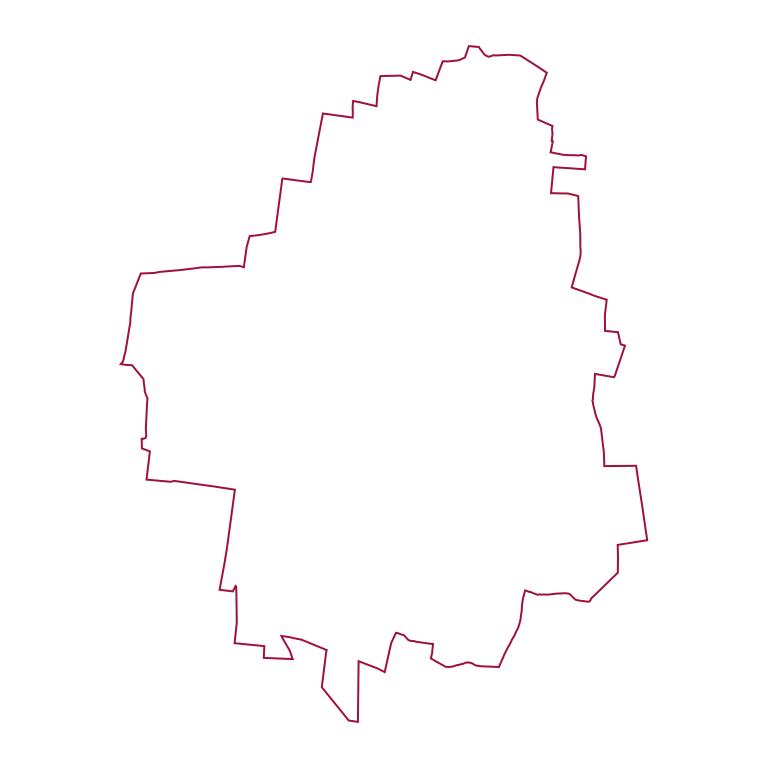 Cenotillo, Yucatán, Mexico
{"feature_id": "50627088B43968623050569", "entity_name": "Cenotillo", "entity_type": "district", "adm_level": 2, "iso_a3": "MEX", "parent_name": "Mexico", "parent_adm1": "Yucatán", "projection": "albers", "projection_center": [-88.565, 21.031], "detail": "fine", "context": "isolated", "style": "outline", "palette": "rose", "viewbox_px": 768, "rotation_deg": 0, "n_neighbors": 0, "source": "geoboundaries", "source_scale": "gbopen_adm2", "svg_char_len": 4630}
<svg xmlns="http://www.w3.org/2000/svg" viewBox="0 0 768 768"><path d="M357.9,721.9L358.1,705.5L358.6,661.2L377.4,668.4L384.7,672.1L391.1,643.3L392.1,641.1L393.6,637.9L396.0,632.8L398.4,633.3L400.4,634.2L403.9,635.2L404.9,636.2L405.7,637.1L408.2,639.9L410.0,640.7L411.8,641.0L414.3,641.1L415.5,641.6L416.6,641.8L422.7,642.7L424.5,642.9L425.6,643.1L428.5,643.5L430.7,643.8L433.0,644.0L432.9,645.3L432.4,649.7L432.1,653.5L431.7,654.7L431.5,655.8L430.8,658.4L434.0,660.2L438.3,662.7L441.2,664.3L445.6,666.8L446.9,666.9L448.4,667.0L451.9,666.7L454.7,665.9L456.2,665.4L457.4,665.0L458.3,665.1L459.9,664.5L462.0,664.0L462.9,663.9L464.5,663.2L465.6,662.6L467.7,662.6L468.7,662.4L471.7,663.2L473.3,664.0L474.4,664.8L476.2,665.6L478.6,665.9L481.1,666.3L482.5,666.3L484.4,666.4L498.9,667.0L504.4,654.5L504.8,653.1L505.4,652.4L506.1,650.8L507.5,648.2L508.4,646.5L508.8,645.9L509.4,644.9L510.8,642.2L511.8,639.9L513.0,637.8L513.8,636.7L514.8,634.8L515.5,633.1L516.2,631.4L517.2,629.7L518.0,628.2L518.4,627.0L519.4,623.9L519.8,622.4L520.7,618.5L520.9,615.2L521.3,613.7L521.8,609.7L521.8,608.1L521.9,606.4L522.8,599.3L523.5,596.8L524.1,594.2L525.2,590.4L529.4,591.9L531.6,592.3L532.3,592.9L533.3,593.3L534.1,593.5L535.0,593.8L537.6,594.8L539.6,594.3L541.1,594.6L544.0,594.5L546.8,594.6L549.3,594.5L550.8,594.3L552.6,594.1L556.1,593.6L560.0,593.5L565.4,593.2L566.5,593.4L568.3,593.6L569.1,593.7L570.0,594.3L572.1,596.6L573.4,597.6L574.0,598.3L575.3,599.6L576.5,600.0L579.2,600.6L582.8,601.0L586.3,601.5L587.5,601.5L588.8,601.8L590.4,600.5L590.7,599.3L591.1,598.6L617.8,572.7L618.0,557.1L617.7,544.9L647.2,540.2L641.7,502.6L638.0,479.0L636.1,465.8L604.3,466.1L603.9,453.2L603.8,451.9L601.0,428.4L600.1,425.8L599.4,423.9L598.7,422.5L598.2,421.1L597.2,419.1L596.4,417.0L595.9,415.3L595.1,412.8L594.8,411.0L594.4,409.7L593.9,407.4L593.3,405.3L593.1,404.0L593.0,402.6L592.7,401.8L592.4,400.4L593.0,399.1L592.9,396.8L593.1,395.6L593.2,394.2L593.4,392.6L593.7,391.2L594.0,389.1L594.2,388.2L594.3,387.2L594.4,386.3L594.4,385.6L594.5,383.2L595.0,373.9L613.8,377.2L614.7,376.2L625.0,345.6L620.7,344.3L618.2,333.2L618.0,332.2L605.0,330.9L604.9,314.9L606.7,299.7L595.3,296.1L588.3,293.4L579.4,290.2L571.7,287.4L572.9,283.0L573.4,281.3L575.1,275.2L576.2,271.4L576.6,270.0L579.1,261.4L580.1,257.4L580.4,256.0L580.7,251.0L580.3,246.0L580.3,245.3L580.3,235.1L580.1,231.3L579.4,221.5L579.1,217.7L579.1,217.4L578.8,211.1L578.7,208.1L578.4,200.4L578.2,196.0L568.1,193.5L559.3,193.4L557.7,193.3L551.0,193.2L553.5,167.1L558.1,167.5L565.7,168.0L572.1,168.4L578.6,168.9L585.1,169.3L585.3,165.4L586.0,156.3L581.4,154.9L578.0,155.5L574.4,155.2L569.0,155.2L563.2,154.8L550.6,152.3L552.8,141.3L551.7,141.0L552.1,137.6L552.5,133.6L552.0,128.6L552.5,126.0L537.8,119.6L536.9,102.7L537.3,98.3L541.1,87.1L543.6,81.5L546.8,72.8L538.7,67.3L521.0,56.0L519.9,55.5L509.2,54.8L495.0,55.5L494.3,55.2L493.2,55.3L489.2,56.7L488.5,56.7L486.8,56.0L485.6,55.4L484.3,54.3L482.5,52.1L478.8,47.0L468.8,46.1L465.0,57.4L458.8,60.3L448.3,61.4L442.7,61.3L437.8,74.5L435.6,80.3L429.0,77.7L421.7,74.8L413.0,71.9L410.5,79.9L400.5,75.6L380.4,76.1L378.6,85.7L377.3,95.2L376.5,106.2L360.0,102.3L353.1,101.0L352.7,105.1L352.6,107.5L352.8,111.1L352.7,117.6L322.9,113.5L314.3,158.3L312.6,172.4L310.9,181.9L309.8,182.1L282.6,178.5L282.2,179.1L281.1,188.1L279.0,203.3L277.8,212.3L275.2,231.8L270.1,233.1L258.3,235.2L249.7,236.1L246.7,246.8L244.3,263.8L243.9,267.2L239.5,265.9L235.6,266.1L227.3,266.5L222.8,266.8L207.2,267.4L202.7,267.3L200.7,267.5L193.4,268.5L179.8,270.1L170.8,270.9L160.6,271.8L153.7,273.0L140.8,273.5L132.9,293.5L131.1,312.6L130.4,318.5L130.3,322.6L129.5,327.0L127.7,338.0L125.5,351.2L125.1,353.1L124.5,354.8L124.2,356.3L123.7,359.1L122.9,361.7L120.8,364.1L123.0,364.5L126.0,364.9L132.0,365.2L143.5,379.1L143.9,383.6L144.6,388.2L144.8,391.5L145.1,392.5L146.3,395.7L147.5,398.3L147.1,403.0L145.8,429.0L146.3,435.8L145.5,438.1L143.4,438.8L141.7,438.7L141.9,448.4L149.9,451.4L146.5,479.6L170.8,481.8L174.2,480.9L194.8,483.8L213.6,486.4L234.9,489.7L226.8,549.2L224.2,565.2L224.1,565.3L219.6,589.8L232.8,591.4L235.6,586.0L236.2,586.7L236.4,593.6L236.8,622.3L234.6,643.2L264.3,646.1L263.8,657.9L292.7,659.1L292.3,658.2L291.9,657.1L291.5,655.8L290.8,653.5L290.2,651.7L289.7,650.8L289.3,649.7L287.9,647.4L287.3,646.6L286.9,645.7L285.5,643.3L285.0,642.5L283.6,640.0L282.9,638.9L282.3,637.7L281.5,636.0L282.4,636.2L284.3,636.4L285.7,636.5L288.3,637.0L289.8,637.2L291.6,637.6L293.6,638.2L295.2,638.4L297.2,638.9L299.2,639.2L301.3,639.6L319.5,647.1L322.3,648.2L323.5,648.7L325.1,649.4L326.7,650.1L326.1,652.7L321.8,687.2L348.7,720.5L357.9,721.9Z" fill="none" stroke="#9f1239" stroke-width="2"/></svg>